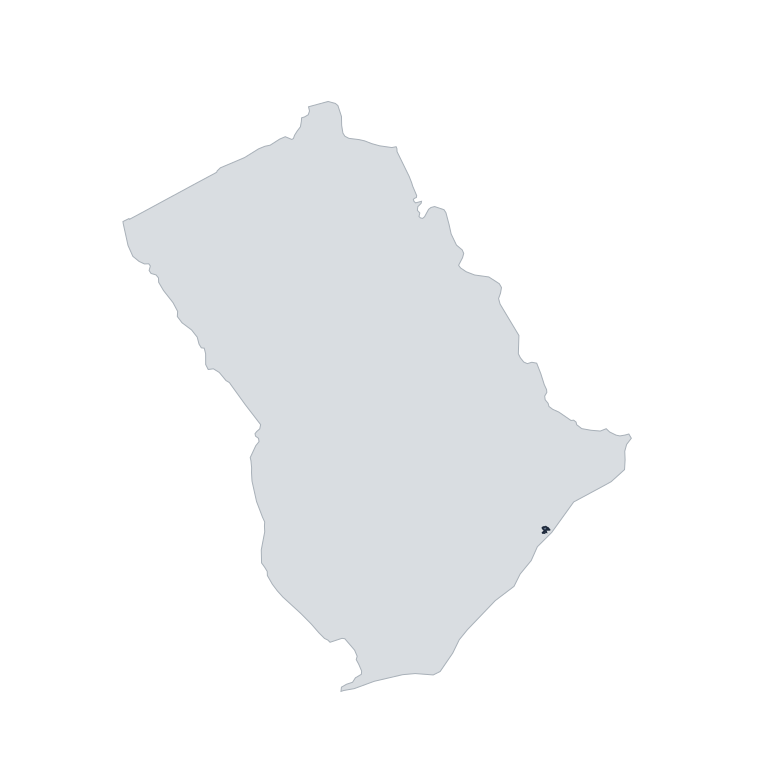 location of Ayawaso West, Greater Accra, Ghana, rotated 332°
{"feature_id": "2480657B22724340600972", "entity_name": "Ayawaso West", "entity_type": "district", "adm_level": 2, "iso_a3": "GHA", "parent_name": "Ghana", "parent_adm1": "Greater Accra", "projection": "orthographic", "projection_center": [-0.161, 5.632], "detail": "fine", "context": "in_parent", "style": "filled", "palette": "slate", "viewbox_px": 768, "rotation_deg": 332, "n_neighbors": 0, "source": "geoboundaries", "source_scale": "gbopen_adm2", "svg_char_len": 3917}
<svg xmlns="http://www.w3.org/2000/svg" viewBox="0 0 768 768"><g transform="rotate(332 384 384)"><path d="M467.3,108.3L472.8,113.5L474.0,116.6L472.0,127.9L468.0,135.8L465.5,143.2L465.8,146.9L468.3,150.6L476.7,156.5L481.0,160.2L486.0,166.0L491.9,171.6L501.9,178.9L506.1,180.2L505.9,182.2L504.6,185.0L503.7,212.3L502.9,219.3L502.2,222.8L501.3,233.0L500.2,234.5L498.3,234.4L496.6,234.7L496.2,236.8L496.9,238.9L502.9,240.3L501.6,241.9L497.1,243.3L495.0,246.3L495.9,249.8L493.5,252.6L494.2,254.5L495.8,255.9L498.3,255.4L505.4,250.7L508.3,250.2L512.0,251.1L518.8,258.3L519.1,261.8L516.3,273.8L513.7,283.1L513.2,295.4L516.0,302.3L515.7,306.1L512.6,309.4L505.6,314.2L506.1,317.5L509.3,323.5L515.2,330.3L526.8,338.7L532.9,349.6L533.0,354.0L529.5,358.5L525.3,362.3L524.0,367.9L525.9,404.5L516.8,420.4L516.7,424.9L517.7,430.2L520.1,433.3L524.7,434.2L528.6,437.3L527.3,448.4L525.2,459.8L524.9,465.3L523.8,467.9L520.2,470.1L518.9,473.6L519.8,478.1L519.1,481.3L521.1,485.6L525.2,490.9L532.0,504.0L534.5,505.0L535.7,507.8L535.0,510.4L537.6,516.2L545.0,522.0L552.9,527.1L559.2,527.8L560.7,532.3L564.9,538.1L567.9,540.6L572.7,542.2L576.7,543.1L576.9,548.0L569.8,551.3L565.0,556.4L561.3,564.1L556.2,572.5L538.7,576.9L532.0,577.0L496.1,577.2L462.4,593.8L443.0,599.7L431.1,609.0L415.0,615.7L403.8,623.7L380.5,627.5L342.3,640.1L330.4,645.1L318.3,653.9L298.6,664.2L290.9,664.0L275.6,654.3L264.0,649.4L235.8,641.9L214.7,639.0L204.5,635.7L201.7,635.2L204.1,631.7L210.0,631.5L216.2,632.6L220.8,630.0L227.7,629.7L229.5,626.9L230.1,619.9L230.1,614.3L232.5,611.8L233.1,605.2L229.8,590.5L227.4,588.8L215.1,586.7L214.2,583.7L212.0,580.7L209.7,573.1L207.1,561.8L202.9,547.8L194.7,524.7L192.7,516.6L191.4,508.3L191.1,498.4L192.9,494.7L192.6,489.6L191.9,484.5L197.8,472.8L209.3,458.5L211.7,453.4L213.9,449.8L214.2,444.6L216.3,427.9L221.9,407.7L225.4,400.1L227.7,396.0L230.5,389.3L231.3,386.2L241.8,378.3L246.6,376.2L247.7,373.1L246.1,369.7L246.8,367.3L249.3,366.2L253.2,365.3L256.0,362.0L251.8,337.1L248.4,312.3L248.2,310.2L246.1,306.8L244.0,296.5L240.5,290.5L235.6,288.7L235.7,283.1L240.7,273.6L242.1,268.0L239.7,266.3L239.4,262.0L241.1,254.9L240.3,250.6L239.5,246.0L234.4,235.1L233.2,227.4L235.9,223.0L235.9,213.1L233.2,198.0L232.8,188.4L234.7,184.4L233.9,180.6L230.2,177.0L229.9,173.5L233.1,170.1L232.7,167.4L228.8,165.5L225.3,160.8L222.2,153.4L223.0,141.6L229.1,119.8L229.8,118.0L236.5,118.2L236.6,119.1L257.4,119.0L281.2,118.8L309.7,118.6L335.6,118.5L336.8,117.5L341.0,116.3L367.2,118.6L383.6,117.5L390.5,118.2L395.6,119.7L406.9,118.8L412.9,119.3L417.4,124.8L419.3,124.7L421.8,122.4L426.3,119.8L430.9,117.7L434.2,113.5L436.2,110.3L439.2,110.9L443.5,110.7L446.4,108.0L447.5,103.8L467.3,108.3Z" fill="#d9dde1" stroke="#a8b0b8" stroke-width="1"/><path d="M459.9,585.8L459.7,585.8L459.4,585.8L459.2,585.8L458.9,585.8L458.6,585.8L458.2,585.8L457.9,585.8L457.9,585.7L457.9,585.4L458.0,585.2L457.5,585.1L457.3,585.1L457.0,585.1L456.6,585.1L456.4,585.2L456.3,585.3L456.2,585.4L456.2,585.8L456.3,586.2L456.4,586.7L456.3,587.0L456.5,587.3L456.9,588.1L457.0,588.6L457.0,588.8L456.3,589.1L456.1,589.1L456.0,589.3L455.9,589.3L455.5,589.3L454.4,589.6L454.2,589.6L454.1,590.0L454.5,590.5L454.4,590.4L454.5,590.3L454.8,590.5L454.7,590.3L454.7,590.2L454.8,590.0L455.0,590.1L455.3,590.1L455.9,589.9L456.1,590.0L456.6,590.4L457.4,590.9L457.6,590.9L457.6,591.0L457.8,591.2L457.9,590.7L458.0,590.1L458.1,589.9L458.1,589.7L458.0,589.0L459.7,588.5L459.6,588.8L459.6,589.0L459.6,589.3L459.8,589.5L460.0,589.6L460.1,589.8L460.3,589.8L460.5,589.9L460.5,590.0L460.8,590.1L461.0,590.1L461.3,590.1L461.5,590.2L461.7,590.4L461.7,590.5L461.8,590.5L461.8,590.4L461.8,590.2L461.7,590.1L461.7,589.9L461.7,589.7L461.6,589.4L461.5,589.2L461.4,589.2L461.4,588.9L461.3,588.7L461.3,588.4L461.2,588.4L461.3,588.3L461.2,588.2L461.2,587.9L460.9,587.4L460.6,587.3L460.2,587.1L460.2,586.8L460.2,586.3L460.0,586.1L459.9,585.8Z" fill="#64748b" stroke="#1e293b" stroke-width="1.5"/></g></svg>